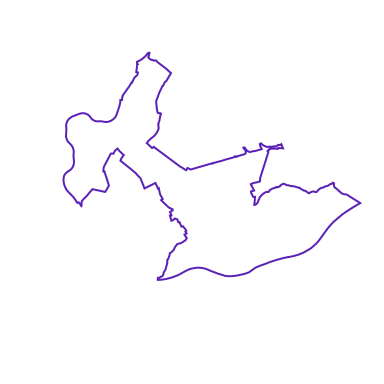 the district of Zevenaar, Gelderland, Netherlands, rotated 306°
{"feature_id": "6326949B47672258677140", "entity_name": "Zevenaar", "entity_type": "district", "adm_level": 2, "iso_a3": "NLD", "parent_name": "Netherlands", "parent_adm1": "Gelderland", "projection": "mercator", "projection_center": [6.087, 51.928], "detail": "fine", "context": "isolated", "style": "outline", "palette": "violet", "viewbox_px": 384, "rotation_deg": 306, "n_neighbors": 0, "source": "geoboundaries", "source_scale": "gbopen_adm2", "svg_char_len": 5930}
<svg xmlns="http://www.w3.org/2000/svg" viewBox="0 0 384 384"><g transform="rotate(306 192 192)"><path d="M224.4,79.9L222.3,81.3L219.1,82.7L210.9,85.3L208.4,85.9L206.7,85.9L204.5,85.5L202.5,84.8L200.0,83.3L198.8,82.2L198.1,81.3L197.5,80.3L196.7,78.7L195.6,76.6L193.4,73.7L192.9,72.7L192.5,71.9L192.2,70.2L192.1,68.7L192.2,67.8L193.2,64.5L193.3,63.4L193.4,62.4L193.2,61.1L192.9,59.8L192.4,58.7L191.8,57.7L191.0,56.6L189.3,55.1L182.7,50.8L179.9,49.7L177.4,49.4L176.2,49.5L174.9,49.8L173.2,50.3L171.8,51.1L168.1,54.1L163.9,56.7L162.5,57.8L161.1,59.7L160.3,60.8L160.0,61.7L159.6,63.0L159.2,65.9L158.8,67.5L157.9,69.5L157.1,70.6L155.6,72.3L151.3,75.1L147.7,78.3L146.6,79.1L144.5,80.2L142.7,80.7L140.5,80.9L138.3,80.6L136.9,80.1L135.2,79.4L133.7,79.0L131.8,78.8L130.6,78.9L129.3,79.2L126.7,80.6L125.6,81.5L123.6,83.4L122.3,85.0L121.4,86.5L120.5,88.2L119.8,90.0L119.4,91.9L118.5,97.2L118.0,99.6L116.8,103.0L115.8,105.7L116.7,106.1L117.0,106.4L116.8,107.7L115.6,110.4L115.6,110.8L115.9,110.7L119.0,108.6L119.7,108.3L122.4,108.4L126.2,109.1L135.8,109.8L141.0,121.7L145.3,121.4L148.4,121.0L157.2,109.0L156.5,108.4L157.9,107.2L160.0,106.2L161.0,105.9L162.6,105.6L175.1,103.8L175.5,103.9L176.8,105.9L180.3,105.4L183.3,106.2L182.4,109.6L182.3,111.1L181.7,114.5L181.8,115.0L177.5,115.1L175.2,115.8L174.7,128.0L174.3,134.3L174.1,135.8L173.4,138.7L172.8,142.3L167.0,151.5L177.8,157.1L174.7,162.7L175.5,163.0L175.4,163.1L172.8,165.9L171.2,167.8L169.1,172.4L167.3,171.8L166.9,174.2L165.9,181.8L165.9,183.0L166.5,185.9L166.1,185.8L165.8,187.1L162.8,186.0L162.7,186.5L161.0,189.1L160.0,188.0L156.6,192.3L158.1,193.2L160.5,193.7L161.2,196.3L159.6,198.4L159.7,198.9L159.6,199.2L160.3,199.7L157.7,203.8L158.2,204.3L159.0,204.9L158.1,207.9L157.3,210.2L156.0,210.0L155.4,211.9L153.0,211.0L151.6,214.9L148.8,215.1L147.0,214.2L145.5,213.8L144.3,213.1L141.5,210.9L141.1,210.7L137.6,210.6L134.3,211.2L131.1,210.8L129.4,210.0L127.9,210.9L127.0,211.2L124.1,212.0L122.1,212.1L120.3,213.6L113.9,216.1L110.3,216.4L108.6,217.2L106.5,217.6L105.0,216.5L103.6,216.2L102.7,214.9L102.1,215.0L100.8,216.0L102.6,218.3L105.0,220.8L107.7,223.3L110.8,225.8L113.6,227.7L116.5,229.6L124.8,233.5L127.7,235.1L129.6,236.5L130.9,237.7L133.9,240.8L135.4,242.9L137.2,246.4L137.7,247.7L138.3,249.8L139.5,254.7L140.1,256.8L141.3,261.3L142.7,265.2L143.5,267.9L145.0,270.5L146.6,272.8L148.9,275.5L151.3,277.9L155.9,282.0L157.2,283.0L160.5,285.3L168.1,287.8L172.5,290.5L177.9,294.2L180.1,295.5L186.2,299.9L191.7,304.3L195.8,307.9L196.6,308.9L200.0,311.9L204.2,315.2L208.7,317.9L214.2,320.4L217.2,321.5L223.6,322.9L227.1,323.2L241.6,323.2L244.3,323.3L250.8,324.0L262.6,326.9L272.6,330.6L281.9,334.6L280.9,319.1L280.5,317.8L279.5,316.2L278.9,313.8L278.9,313.4L279.6,307.3L279.6,305.3L279.7,304.6L280.0,303.8L280.6,303.1L282.0,302.2L282.5,301.7L282.5,301.2L282.3,300.4L280.7,300.3L279.8,299.3L278.8,298.9L278.0,298.7L276.8,298.2L275.3,296.9L274.3,296.2L272.5,295.4L271.4,294.2L270.4,293.7L269.4,293.5L269.0,293.2L268.4,293.2L267.2,292.9L266.6,292.8L266.0,293.0L265.0,292.5L264.3,291.5L264.2,290.9L263.9,290.1L263.6,289.6L262.6,288.8L261.6,288.1L260.8,288.0L259.6,287.2L259.6,284.7L259.7,283.4L258.8,281.5L258.9,281.2L258.8,279.9L258.4,278.6L258.7,277.1L258.7,276.5L258.1,276.0L257.9,274.8L257.4,273.7L257.2,272.8L256.9,272.0L255.9,269.9L255.0,268.7L254.4,267.2L254.2,266.2L253.1,264.5L253.1,263.7L252.9,262.2L252.7,261.6L252.2,260.9L251.9,260.8L251.6,260.8L250.5,260.0L249.4,259.7L248.4,259.8L248.1,259.7L248.0,259.4L246.8,259.0L246.3,258.5L245.9,258.3L245.7,258.0L245.8,257.8L245.7,257.5L245.1,256.9L243.6,256.5L243.1,255.8L241.9,255.0L239.3,253.8L238.3,253.8L237.5,254.0L237.2,253.9L236.6,253.4L236.0,252.3L234.9,251.6L233.5,251.1L233.1,250.8L230.2,250.1L229.8,250.0L229.2,250.2L227.9,249.9L225.1,250.6L224.6,250.5L223.5,251.0L221.1,251.4L220.0,251.1L219.2,250.3L218.6,250.1L218.5,250.3L218.2,250.0L225.0,246.0L224.7,245.8L224.4,244.9L224.0,244.4L226.3,240.0L226.7,239.6L227.1,239.4L229.7,241.4L232.8,235.0L233.1,235.0L235.8,236.8L239.1,239.8L240.6,240.7L241.1,240.2L241.9,239.9L243.7,238.8L245.6,238.2L269.2,230.3L269.5,229.8L269.5,229.2L271.2,229.6L271.3,229.2L272.6,229.4L273.3,230.2L275.1,232.5L277.5,236.2L278.3,235.9L280.9,240.0L282.0,237.9L282.9,236.8L283.2,236.1L282.1,236.0L280.7,233.9L280.2,234.0L278.2,233.0L277.8,232.5L277.2,231.5L275.3,229.9L274.7,228.7L272.8,226.5L272.4,225.7L272.0,224.4L271.6,221.9L271.9,219.3L270.9,219.4L270.6,218.8L270.0,219.3L269.3,220.2L267.7,223.2L261.9,218.7L261.4,217.9L258.4,215.4L258.2,215.0L257.7,212.4L258.6,209.1L258.9,208.5L258.7,208.0L258.1,207.5L257.8,208.1L256.9,211.0L256.7,211.4L256.3,211.9L255.7,212.3L254.3,212.6L253.5,212.3L246.9,207.2L246.9,207.4L246.6,207.2L246.7,206.9L246.4,206.8L246.4,207.0L246.0,206.7L245.9,206.5L246.0,205.7L244.8,205.6L238.2,200.3L234.2,197.3L228.2,192.4L227.4,192.2L227.2,192.0L227.4,191.9L227.4,191.7L209.4,177.7L208.8,174.2L207.5,174.5L206.6,174.5L206.1,174.4L205.9,169.9L205.6,167.8L205.9,141.1L206.0,135.4L206.1,134.6L204.6,134.2L204.1,133.8L204.7,128.8L205.0,127.6L205.0,126.7L207.7,126.7L211.6,127.4L214.0,128.2L215.6,128.5L217.7,128.7L220.2,128.6L223.6,127.8L224.8,126.9L225.7,125.9L226.4,125.3L227.2,125.2L227.4,124.7L227.6,124.5L230.4,123.8L233.5,122.2L237.2,120.8L236.9,119.5L235.9,118.5L236.0,117.6L238.1,115.2L243.6,110.2L244.3,109.7L253.3,107.1L260.4,105.8L260.7,106.1L261.8,106.0L265.0,105.4L266.7,106.0L275.9,105.1L276.2,101.0L276.4,100.7L276.5,99.9L276.7,95.1L276.7,92.1L276.8,87.9L277.2,85.8L277.1,85.1L276.0,84.1L275.7,83.6L275.7,83.1L275.8,82.8L275.4,82.1L274.8,80.6L275.1,77.8L275.2,77.5L275.8,77.2L276.9,77.1L277.2,76.5L279.4,76.1L279.6,75.7L279.2,75.5L279.0,75.1L278.4,74.9L278.3,74.7L274.5,74.5L270.6,73.6L268.1,72.6L265.0,71.0L263.8,72.0L263.7,72.3L263.6,72.1L262.2,73.2L256.2,76.4L256.9,78.0L254.6,79.0L251.1,78.3L249.7,78.4L245.2,79.1L245.2,78.8L240.7,79.1L230.1,79.2L229.2,79.3L229.2,79.5L228.0,79.7L225.3,81.3L224.4,79.9Z" fill="none" stroke="#5b21b6" stroke-width="2"/></g></svg>